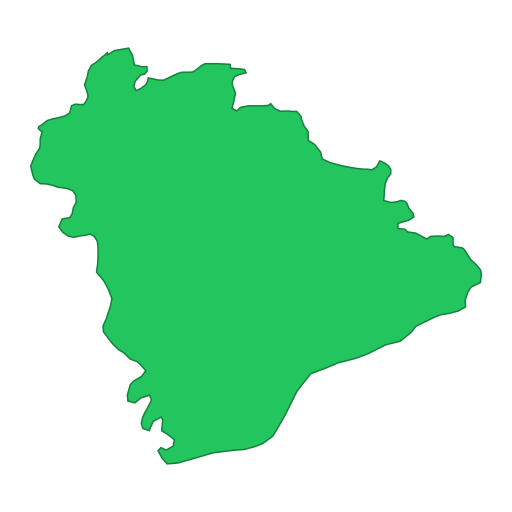 outline of Agios Theodoros Larnakas, Larnaca, Cyprus
{"feature_id": "46923920B48762989005446", "entity_name": "Agios Theodoros Larnakas", "entity_type": "district", "adm_level": 2, "iso_a3": "CYP", "parent_name": "Cyprus", "parent_adm1": "Larnaca", "projection": "equal_earth", "projection_center": [33.405, 34.782], "detail": "fine", "context": "isolated", "style": "filled", "palette": "green", "viewbox_px": 512, "rotation_deg": 0, "n_neighbors": 0, "source": "geoboundaries", "source_scale": "gbopen_adm2", "svg_char_len": 3090}
<svg xmlns="http://www.w3.org/2000/svg" viewBox="0 0 512 512"><path d="M107.3,52.7L104.4,55.4L102.3,56.8L100.3,58.7L95.4,62.9L91.4,65.4L88.4,70.8L87.3,76.6L84.5,84.9L86.1,88.9L87.9,95.2L87.9,97.2L87.5,98.1L85.4,102.3L83.6,104.5L79.1,104.5L75.4,104.1L71.5,105.8L71.3,106.4L69.6,113.1L64.3,116.2L59.4,117.5L52.5,118.9L47.1,120.6L41.6,125.0L38.7,126.6L38.3,128.7L42.2,132.1L40.6,137.1L40.2,139.3L40.2,144.3L39.7,148.1L35.8,154.1L33.9,158.1L30.7,166.2L33.0,175.6L34.4,179.0L40.2,183.7L46.2,183.9L52.9,185.4L58.1,187.3L66.4,188.3L72.6,190.6L75.9,195.2L76.2,202.3L73.4,207.5L72.2,213.7L69.9,217.5L62.2,219.0L58.8,226.9L62.9,232.5L68.2,236.0L73.6,237.3L79.8,236.0L85.9,235.2L90.3,234.0L94.3,236.4L97.2,241.0L97.9,245.4L98.1,254.8L98.1,255.0L97.6,264.3L96.5,272.2L100.9,277.3L104.0,281.2L106.2,285.3L108.4,289.4L111.9,298.7L110.5,305.8L108.8,311.0L107.9,313.7L106.3,318.7L103.0,326.0L103.5,331.9L109.1,339.3L113.3,344.6L118.8,349.8L124.2,353.1L130.2,359.1L137.2,361.6L140.6,364.8L145.8,370.6L141.6,376.4L133.7,381.0L130.2,384.7L127.4,394.9L127.9,401.0L134.9,402.9L140.6,398.1L149.4,395.2L151.6,399.9L147.1,408.7L144.6,413.1L142.5,417.7L141.3,423.5L142.9,428.5L149.2,430.6L153.2,421.4L161.1,417.0L162.7,419.7L161.7,430.8L166.4,433.5L174.3,439.7L173.1,446.2L166.1,450.1L161.0,447.6L158.0,450.7L161.9,457.9L167.1,463.9L168.5,463.8L177.8,463.0L197.8,457.3L213.0,452.8L232.5,450.4L244.0,449.5L255.3,446.5L263.2,443.2L272.6,436.3L276.4,430.3L284.9,415.5L297.0,391.2L310.7,373.7L326.7,367.7L337.9,362.9L355.5,358.4L368.2,353.6L385.8,344.8L400.2,341.2L411.5,332.1L415.5,326.6L423.5,322.5L435.1,316.9L440.7,314.8L449.6,313.3L458.3,311.0L462.3,308.7L465.6,306.9L465.1,299.8L465.8,298.5L467.7,292.3L471.1,287.1L480.4,282.5L481.3,275.0L480.8,270.4L476.2,264.6L471.1,260.0L469.5,257.7L464.9,250.4L463.2,248.5L461.6,247.7L454.2,246.7L453.1,244.6L453.0,237.5L448.4,234.4L444.4,236.4L437.1,236.0L430.6,236.4L426.8,239.0L415.7,233.1L407.5,231.9L405.2,229.3L397.8,228.5L398.0,223.5L402.8,221.9L408.7,220.3L413.8,217.0L413.0,213.2L409.0,208.4L406.9,203.3L404.9,201.3L401.3,200.5L399.7,200.6L397.8,201.7L391.0,202.5L383.7,200.5L384.2,195.4L384.4,190.9L385.3,183.1L387.9,177.5L390.7,173.9L390.8,169.5L388.8,166.2L385.0,163.2L379.8,160.9L376.5,166.9L371.7,169.8L367.3,169.2L363.1,169.1L357.0,168.5L349.6,167.3L339.4,165.2L329.4,162.3L322.2,158.9L320.6,152.1L314.6,144.4L308.3,140.4L308.1,131.6L304.1,126.0L301.8,120.2L300.9,116.2L296.7,111.4L291.8,111.4L288.8,111.0L280.3,111.2L274.5,108.5L270.8,103.7L268.4,105.4L262.4,105.8L258.5,105.8L248.7,105.8L240.8,107.3L236.7,110.8L232.0,108.3L233.7,101.8L235.5,93.5L234.3,89.8L232.3,85.4L232.5,81.0L234.5,76.6L239.5,74.5L246.2,72.7L244.5,69.5L238.1,68.7L230.6,68.3L230.1,64.3L217.2,63.7L210.2,63.7L204.9,63.7L201.1,65.8L196.8,69.3L193.3,71.8L190.5,72.2L181.9,72.2L177.2,73.7L167.5,78.3L163.6,80.2L158.0,80.0L148.3,77.9L147.6,81.0L145.9,84.7L140.4,88.7L136.2,90.6L133.9,86.6L135.1,81.4L140.6,75.0L144.6,74.1L147.1,71.2L146.9,66.6L141.8,66.7L134.4,64.9L132.5,55.3L128.6,48.1L120.1,49.6L114.6,50.5L107.8,54.7L107.3,52.7Z" fill="#22c55e" stroke="#15803d" stroke-width="1.5"/></svg>